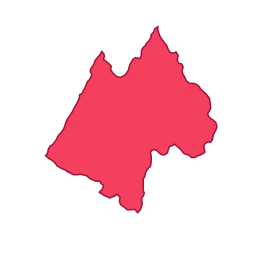 outline of Cambuquira, Minas Gerais, Brazil, rotated 154°
{"feature_id": "56859067B90091255319070", "entity_name": "Cambuquira", "entity_type": "district", "adm_level": 2, "iso_a3": "BRA", "parent_name": "Brazil", "parent_adm1": "Minas Gerais", "projection": "natural_earth1", "projection_center": [-45.262, -21.856], "detail": "fine", "context": "isolated", "style": "filled", "palette": "rose", "viewbox_px": 256, "rotation_deg": 154, "n_neighbors": 0, "source": "geoboundaries", "source_scale": "gbopen_adm2", "svg_char_len": 2403}
<svg xmlns="http://www.w3.org/2000/svg" viewBox="0 0 256 256"><g transform="rotate(154 128 128)"><path d="M214.2,139.2L212.6,135.3L210.2,131.9L208.9,128.6L208.3,125.0L206.6,122.5L205.0,120.1L203.0,118.1L201.4,115.0L199.2,112.3L197.2,109.7L193.9,108.2L191.0,107.4L188.6,105.3L186.0,103.0L184.3,99.1L182.6,97.0L180.3,94.3L176.7,92.7L176.5,89.9L175.2,86.9L177.7,84.5L182.0,82.8L180.4,80.3L179.0,77.7L177.0,75.5L175.1,73.1L172.2,72.9L169.8,72.6L167.0,73.3L165.5,69.2L167.7,66.2L168.3,62.4L166.3,58.9L164.5,54.8L161.4,53.4L157.6,51.9L156.5,47.7L153.0,49.0L150.9,50.8L149.1,52.7L147.9,55.0L146.8,58.7L143.8,60.4L141.9,62.4L141.6,65.8L139.7,69.1L138.1,72.4L136.9,75.2L134.1,77.1L132.1,79.9L129.9,81.6L127.2,83.1L124.8,83.5L123.2,85.6L121.1,89.0L119.6,92.4L118.6,95.9L116.6,97.5L114.0,97.2L112.1,95.3L110.8,91.6L109.4,89.2L106.7,87.8L103.4,88.5L101.3,90.8L98.9,93.2L95.8,92.7L93.3,93.1L92.2,90.6L91.0,88.0L89.8,84.9L89.3,81.4L87.6,79.0L85.4,77.2L83.7,73.5L80.9,72.2L78.0,72.4L75.3,72.1L72.7,72.1L69.5,72.5L68.8,75.0L68.0,78.4L65.6,80.2L62.3,80.6L59.8,79.0L56.9,80.9L54.9,83.8L52.5,85.8L49.7,87.8L47.5,90.3L46.7,94.3L47.6,97.0L48.9,99.3L50.3,102.0L50.2,106.0L47.5,107.5L44.8,109.7L43.1,114.8L41.8,119.1L42.8,123.7L44.2,127.7L45.7,130.9L45.8,133.8L47.0,136.6L49.2,139.2L53.1,141.2L54.9,144.9L54.7,148.9L55.1,152.3L54.4,155.7L51.7,158.6L51.7,162.0L54.2,164.1L53.9,167.6L51.2,171.1L51.5,175.3L55.0,175.5L57.1,177.7L57.4,181.5L57.1,185.2L57.8,188.3L58.5,192.3L59.1,195.3L58.9,198.4L58.5,202.1L56.8,206.0L60.3,205.4L63.3,202.8L66.1,201.8L67.9,199.2L71.0,197.1L74.2,196.1L76.0,194.6L78.8,193.8L81.8,191.9L83.1,189.5L84.6,186.9L87.1,185.2L90.4,188.0L93.5,187.5L95.8,186.1L98.3,184.2L100.8,181.7L102.4,179.7L104.5,178.5L107.3,176.9L110.1,176.8L112.6,176.8L114.9,178.5L116.4,180.8L117.7,184.9L117.9,188.5L116.0,190.8L116.9,194.2L118.6,197.7L120.0,200.6L118.1,202.4L117.2,204.8L118.0,208.3L121.4,206.0L125.3,204.4L128.7,202.6L130.5,200.4L133.4,198.7L136.1,197.1L137.3,194.8L136.9,192.2L139.0,190.0L141.1,188.5L143.4,187.7L145.4,186.5L147.1,184.8L149.0,182.9L151.6,181.3L154.2,179.1L156.7,179.2L158.5,176.4L161.3,174.0L163.9,172.1L166.2,170.5L168.2,169.2L170.3,167.4L173.2,165.7L176.0,164.0L179.5,162.0L182.0,159.6L183.8,157.6L186.5,155.2L190.0,153.2L192.8,152.3L195.1,151.0L197.1,149.2L200.3,147.4L203.3,146.1L206.3,145.8L209.3,143.4L211.3,140.6L214.2,139.2Z" fill="#f43f5e" stroke="#9f1239" stroke-width="1.5"/></g></svg>